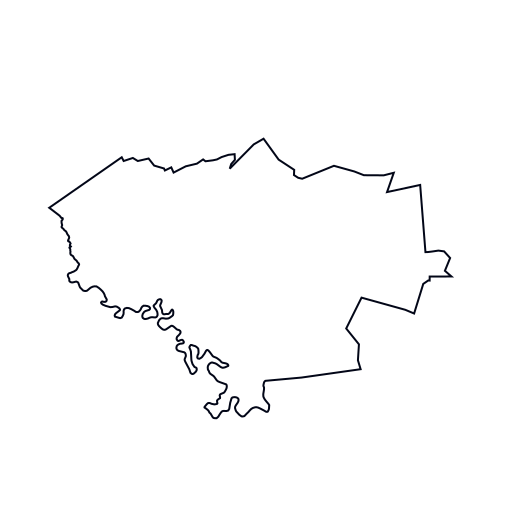 Raxruhá, Alta Verapaz, Guatemala (orthographic projection), rotated 154°
{"feature_id": "79465075B33979032902189", "entity_name": "Raxruhá", "entity_type": "district", "adm_level": 2, "iso_a3": "GTM", "parent_name": "Guatemala", "parent_adm1": "Alta Verapaz", "projection": "orthographic", "projection_center": [-89.998, 15.891], "detail": "fine", "context": "isolated", "style": "outline", "palette": "ink", "viewbox_px": 512, "rotation_deg": 154, "n_neighbors": 0, "source": "geoboundaries", "source_scale": "gbopen_adm2", "svg_char_len": 6157}
<svg xmlns="http://www.w3.org/2000/svg" viewBox="0 0 512 512"><g transform="rotate(154 256 256)"><path d="M333.4,403.6L420.7,390.0L414.9,378.4L414.2,375.5L413.9,375.1L413.3,374.9L413.2,374.6L413.5,373.9L414.1,373.4L415.3,372.9L415.8,372.0L416.3,370.7L416.6,369.0L416.9,368.4L417.8,367.7L418.1,367.1L417.9,366.3L417.2,364.8L417.0,363.5L416.7,362.7L416.2,362.0L416.0,361.2L415.9,360.4L416.0,358.5L415.8,357.2L415.5,355.9L415.8,354.5L416.3,353.9L418.0,352.5L418.3,352.0L418.2,351.5L417.7,351.1L417.5,350.3L417.2,349.8L417.2,348.5L418.2,347.8L418.6,347.2L418.7,346.7L418.2,345.7L418.6,345.5L419.8,345.5L420.1,345.2L419.9,344.2L420.0,343.4L420.6,342.2L420.8,341.3L421.6,340.1L421.9,339.1L421.9,338.3L420.5,336.0L420.4,332.9L419.3,330.4L419.2,329.1L419.0,328.1L418.6,327.1L418.6,326.2L418.8,325.8L420.2,324.8L421.8,323.4L423.1,322.5L423.9,322.2L426.7,321.9L428.3,322.1L429.9,322.1L431.3,322.4L432.1,322.3L433.0,321.9L433.6,321.2L433.9,320.1L433.9,317.1L434.5,316.0L434.7,315.2L434.5,314.5L433.7,313.4L432.8,312.8L431.5,312.4L429.4,312.0L428.6,311.7L427.6,310.4L427.5,309.5L427.9,305.8L427.9,304.8L426.5,300.7L425.5,299.8L424.2,299.1L423.0,298.9L418.6,300.0L416.3,300.0L414.6,299.6L412.7,298.6L411.3,296.3L410.3,294.0L409.4,291.4L409.1,289.4L409.1,287.6L409.4,286.0L409.2,282.4L409.9,281.3L410.7,280.9L411.7,280.9L413.2,281.7L413.9,282.4L414.6,282.6L415.6,282.2L415.8,281.1L415.0,279.4L413.1,277.2L409.4,273.9L407.4,273.1L404.7,272.5L403.4,271.6L402.1,269.6L401.7,268.6L401.7,267.5L402.2,266.9L406.7,266.0L408.3,265.4L409.2,264.3L409.3,263.3L406.5,260.7L405.3,259.7L403.7,259.5L402.0,260.6L400.6,261.8L399.8,263.1L399.2,264.5L398.1,265.8L396.9,266.3L394.9,266.0L393.1,264.9L391.4,262.9L389.3,259.9L388.6,258.5L387.4,257.7L386.0,257.3L384.0,258.0L382.7,258.8L381.6,259.8L380.3,260.4L378.8,260.6L377.4,259.9L375.4,258.5L374.3,257.2L374.0,255.7L374.6,254.8L375.6,254.4L379.6,255.0L381.2,254.7L383.1,253.6L384.2,252.4L384.8,251.2L384.9,250.0L384.2,248.7L383.4,248.0L381.9,247.5L380.4,247.2L378.9,247.2L377.4,247.0L376.1,246.5L374.5,245.5L373.4,244.9L372.4,244.8L371.5,245.1L370.4,246.0L369.8,247.3L369.3,249.0L369.3,250.8L369.4,251.8L369.9,253.8L370.0,255.0L370.0,255.6L369.8,256.2L369.3,256.5L367.0,257.2L366.3,257.5L364.3,259.1L363.4,259.5L362.0,259.5L361.0,259.2L360.5,258.6L360.3,257.9L360.4,257.1L361.3,255.9L363.7,253.8L364.1,253.0L364.2,248.7L365.1,246.2L365.1,245.2L364.7,244.3L364.0,243.8L363.0,243.5L362.1,243.3L361.3,242.8L360.4,242.4L359.5,242.4L358.5,242.7L355.5,244.5L354.9,244.6L354.6,244.2L354.5,243.2L354.8,242.0L355.8,240.2L356.6,239.2L357.7,238.8L360.8,238.3L362.0,238.3L363.3,238.7L364.5,239.2L366.9,240.9L367.9,241.3L368.7,241.5L369.9,241.3L371.3,240.7L373.6,238.8L374.0,237.8L374.1,237.0L373.9,235.6L373.3,233.8L372.5,231.9L371.8,230.7L371.0,230.0L370.2,229.6L368.9,229.5L363.6,230.3L362.8,230.4L362.1,230.1L361.4,229.4L360.7,228.1L359.4,224.9L358.7,224.0L357.8,223.4L357.0,221.9L357.1,220.8L357.6,220.0L358.5,219.4L360.1,218.7L361.7,218.2L362.4,217.9L363.4,216.9L363.8,216.0L363.7,214.5L363.2,213.7L362.5,213.5L360.9,213.5L359.8,213.3L359.0,212.9L358.6,212.1L358.5,210.6L358.9,209.8L359.7,209.5L361.1,209.8L362.6,210.4L363.8,210.5L365.5,210.4L366.7,209.8L367.6,208.7L368.1,207.6L368.1,206.5L367.8,205.6L367.0,204.5L362.7,200.9L362.3,200.1L362.2,198.9L362.6,197.5L363.0,196.7L365.4,194.5L365.8,193.4L365.9,191.8L365.6,183.4L366.0,180.6L366.1,179.7L365.6,178.6L365.1,177.9L364.3,177.6L363.4,177.6L360.8,178.4L359.6,179.2L359.0,180.0L358.7,180.8L358.6,181.3L358.8,181.9L359.9,183.2L360.3,185.8L360.4,186.8L359.9,190.1L359.4,191.5L356.4,198.6L356.1,200.5L356.0,202.9L355.5,203.6L354.6,204.2L353.6,204.6L352.7,204.1L351.8,203.1L350.2,201.7L349.4,200.5L348.7,198.8L348.6,197.8L349.3,195.9L350.2,194.0L351.1,193.0L351.9,192.5L352.9,191.2L353.3,190.4L353.2,189.5L352.1,188.5L350.6,188.5L348.9,188.8L345.1,190.8L342.6,192.6L341.6,193.0L340.8,192.8L340.2,191.9L339.6,189.7L338.8,185.2L338.4,184.3L336.1,181.7L335.0,179.7L334.1,177.8L333.6,175.8L332.9,174.8L330.3,172.8L329.5,172.0L329.0,171.3L328.8,170.6L328.8,169.9L329.2,169.4L332.4,169.5L334.0,169.8L335.2,170.3L336.4,171.7L338.7,176.1L339.7,177.4L342.2,179.6L343.2,179.8L344.9,179.6L346.1,179.1L347.4,178.2L348.2,177.1L349.0,175.0L348.8,173.4L349.0,171.6L348.7,170.2L346.9,167.0L346.5,165.9L345.8,161.6L345.3,160.3L344.1,158.8L339.1,153.7L339.0,152.9L339.3,151.8L339.9,150.8L340.6,149.9L342.0,148.8L343.6,147.7L344.9,147.2L348.0,147.4L349.0,147.3L349.7,146.7L350.3,144.6L350.7,144.0L352.4,143.8L353.5,143.6L354.4,143.1L355.0,141.7L355.2,140.6L355.7,140.2L357.0,140.4L358.5,140.9L360.7,142.6L362.0,144.1L362.8,144.6L363.8,144.8L365.2,144.4L368.3,143.0L368.7,142.4L367.8,140.8L366.9,138.9L366.5,137.6L366.5,135.7L365.9,134.2L365.6,130.3L365.2,129.1L364.0,128.2L362.5,127.5L360.3,128.1L358.5,129.3L355.9,130.8L354.3,131.3L353.1,131.0L350.5,129.6L348.7,129.3L347.1,130.3L343.5,135.4L340.4,138.8L339.2,139.2L337.4,138.7L336.2,138.0L335.3,137.2L334.6,136.0L334.5,135.1L334.8,134.2L335.6,133.1L336.9,132.1L339.6,130.6L340.8,129.7L341.5,128.6L341.9,126.2L341.9,124.9L340.6,120.6L339.3,118.2L338.3,117.6L336.6,117.2L333.7,118.3L331.2,119.1L329.4,119.9L327.4,120.6L325.5,120.8L323.5,120.5L322.2,120.1L320.6,118.9L319.1,117.1L316.6,113.7L315.3,111.7L314.5,111.1L313.6,111.0L311.9,112.3L311.2,113.2L309.5,116.2L309.6,117.4L310.5,120.9L311.0,123.3L311.1,125.5L310.9,126.7L310.0,128.7L307.4,132.4L306.8,133.5L306.4,134.4L306.3,135.9L305.9,136.7L304.9,138.0L304.1,138.9L303.4,139.4L302.3,139.7L268.4,126.8L211.6,108.4L210.1,117.6L202.2,131.5L206.7,151.3L179.4,172.3L145.4,142.2L139.1,135.0L117.9,157.6L111.9,158.5L110.7,157.8L108.9,161.4L89.3,151.9L92.7,159.9L82.4,169.1L84.9,177.7L89.7,180.9L95.7,182.8L99.5,184.1L102.0,185.2L77.3,247.9L110.2,256.0L95.7,270.4L105.8,272.5L123.6,281.3L130.6,288.9L146.4,302.9L180.6,305.2L183.8,307.8L186.4,312.1L183.9,316.7L193.4,332.7L197.8,358.1L209.1,357.3L241.3,346.0L238.0,349.5L232.8,351.7L230.6,356.9L236.4,359.0L243.5,360.0L248.8,359.9L252.8,360.9L259.9,363.3L261.2,366.0L268.6,364.9L279.8,367.4L293.5,367.1L293.3,372.8L300.4,372.8L300.3,375.0L307.9,381.9L309.8,390.7L320.6,393.2L323.7,398.1L333.3,399.4L333.4,403.6Z" fill="none" stroke="#020617" stroke-width="2"/></g></svg>